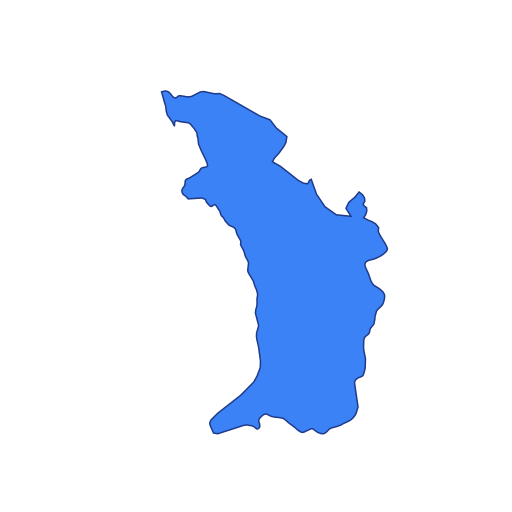 Yasothon, Natural Earth projection, rotated 151°
{"feature_id": "THA-428", "entity_name": "Yasothon", "entity_type": "Province", "adm_level": 1, "iso_a3": "THA", "parent_name": "Thailand", "parent_adm1": "", "projection": "natural_earth1", "projection_center": [104.368, 15.815], "detail": "fine", "context": "isolated", "style": "filled", "palette": "blue", "viewbox_px": 512, "rotation_deg": 151, "n_neighbors": 0, "source": "natural_earth", "source_scale": "10m", "svg_char_len": 3970}
<svg xmlns="http://www.w3.org/2000/svg" viewBox="0 0 512 512"><g transform="rotate(151 256 256)"><path d="M246.9,433.6L245.2,433.3L243.2,431.9L239.2,428.7L236.9,427.4L234.9,426.8L225.8,426.5L224.6,426.3L223.4,425.9L221.5,424.8L215.1,419.2L213.1,417.7L209.0,415.7L206.1,411.8L184.8,376.6L177.7,368.3L176.2,358.2L171.1,345.5L174.8,340.8L177.9,338.7L185.6,335.0L192.1,332.8L196.0,330.5L191.1,322.5L182.4,301.7L179.1,296.5L175.7,294.1L172.4,296.3L170.5,296.3L173.1,280.8L171.8,265.7L165.8,253.1L153.7,244.7L154.2,254.1L148.7,258.0L141.0,259.5L134.8,262.0L133.1,257.8L133.0,254.0L134.3,251.1L137.1,249.5L137.1,247.3L135.9,244.7L137.3,241.6L140.1,238.9L143.3,237.3L140.7,233.2L138.0,229.9L135.8,226.1L135.0,221.4L136.4,219.3L137.0,218.6L137.4,216.3L137.5,212.7L137.0,204.2L137.2,200.6L137.6,198.4L138.3,197.8L139.8,196.8L143.8,195.9L146.4,195.6L151.9,195.8L154.5,196.2L159.2,197.5L160.5,197.6L161.7,197.6L162.8,197.4L163.8,196.9L164.6,196.1L165.1,195.3L165.5,194.2L165.8,192.3L166.2,186.4L167.6,178.1L167.6,175.9L167.3,174.2L167.0,173.1L164.5,168.6L163.6,166.8L162.4,163.1L162.3,161.0L162.5,159.4L163.6,157.4L165.0,155.6L166.5,154.1L168.2,152.6L169.1,152.1L170.1,151.6L175.8,150.1L176.8,149.7L177.7,149.0L180.7,145.9L181.4,145.1L182.6,143.2L185.5,139.7L186.3,139.1L190.4,137.5L191.4,136.9L192.2,136.1L193.5,134.6L194.0,134.1L195.4,133.2L199.0,132.6L200.2,132.2L201.1,131.6L202.6,130.0L206.1,124.2L207.5,121.0L209.9,113.5L210.5,112.3L214.6,105.5L215.9,103.8L219.2,100.5L220.0,99.9L221.0,99.5L222.1,99.4L225.8,99.9L226.9,99.8L228.2,99.6L229.3,99.2L230.2,98.6L230.9,97.8L231.5,96.8L240.0,74.4L244.8,69.8L246.7,68.6L249.8,67.3L252.1,66.8L254.7,66.6L260.9,67.1L263.7,67.0L267.6,67.6L273.3,69.0L274.8,69.1L276.1,69.0L279.3,68.0L280.5,67.7L283.0,67.8L284.0,68.3L285.2,69.1L287.2,71.4L288.2,73.0L290.2,77.5L291.1,78.0L292.6,78.3L299.4,78.7L300.7,79.1L301.9,80.0L303.0,81.8L303.7,83.2L305.4,87.9L308.4,94.4L309.5,97.8L310.3,99.7L311.3,101.2L314.1,103.5L317.5,105.8L319.2,107.3L320.5,108.5L323.0,112.1L323.8,112.9L325.2,113.5L327.2,113.5L331.1,112.5L332.8,111.4L333.8,110.0L334.0,108.7L334.7,106.3L335.2,105.2L336.0,104.5L337.0,104.0L338.2,103.9L339.1,104.3L339.8,105.7L340.2,107.1L341.0,108.4L342.1,109.7L344.2,111.2L345.4,112.4L348.8,113.8L375.7,119.1L379.0,121.8L378.3,129.3L377.9,131.2L377.3,132.5L375.8,133.8L374.6,134.5L365.3,137.1L337.1,141.6L319.2,146.8L313.5,150.3L307.0,155.8L305.7,157.4L303.0,162.0L297.8,175.3L295.6,183.0L294.6,185.4L292.9,188.3L288.2,193.0L287.5,193.8L287.0,195.5L284.3,205.9L284.0,206.7L283.2,207.8L282.1,209.2L279.4,212.0L278.2,213.8L275.9,218.1L273.5,221.1L273.0,222.3L272.5,223.8L271.9,226.7L271.5,230.9L271.2,232.2L270.9,233.4L270.6,234.6L270.5,236.5L270.8,243.7L270.7,245.8L270.3,247.3L266.2,253.1L265.8,254.0L265.5,255.4L265.5,260.1L265.3,261.8L264.4,265.3L264.1,267.8L264.1,273.1L263.5,274.2L262.8,275.0L262.3,275.9L262.0,277.3L262.1,282.7L262.0,284.6L261.7,286.1L261.1,288.3L260.9,289.5L261.2,290.9L261.9,292.4L263.7,294.6L264.8,296.5L265.9,301.3L265.9,305.3L266.2,306.4L266.6,307.4L266.7,308.4L266.7,309.6L266.1,311.7L266.0,312.8L266.0,314.1L266.2,315.2L266.4,319.2L266.7,320.3L267.4,321.1L269.1,321.1L270.3,320.8L271.3,321.1L272.0,321.9L272.5,323.9L272.9,325.3L273.1,326.5L273.2,327.7L272.8,330.0L275.2,333.0L287.6,338.8L288.3,342.0L289.7,344.8L289.9,345.6L289.9,346.5L289.7,347.7L289.1,349.2L287.6,350.6L284.3,352.1L282.8,354.0L281.4,356.1L280.1,356.8L278.7,356.9L277.5,356.6L276.2,356.5L266.0,357.1L264.9,357.4L262.1,359.1L261.1,359.3L260.0,359.2L256.8,358.1L255.6,358.0L254.6,358.4L253.8,360.9L253.3,365.1L252.8,374.7L252.0,381.7L249.6,387.4L249.3,389.4L248.0,392.1L248.2,397.1L249.6,403.9L250.8,405.5L257.0,410.1L259.1,412.2L260.7,413.3L262.3,412.5L264.4,409.0L264.2,414.3L265.2,422.1L264.4,425.8L262.3,430.9L261.8,433.8L259.0,445.4L255.5,444.4L254.6,443.8L253.5,442.7L252.7,441.3L252.0,438.7L251.8,437.0L251.5,435.5L251.0,434.5L250.2,433.6L249.4,433.1L248.0,433.2L246.9,433.6Z" fill="#3b82f6" stroke="#1e3a8a" stroke-width="1.5"/></g></svg>